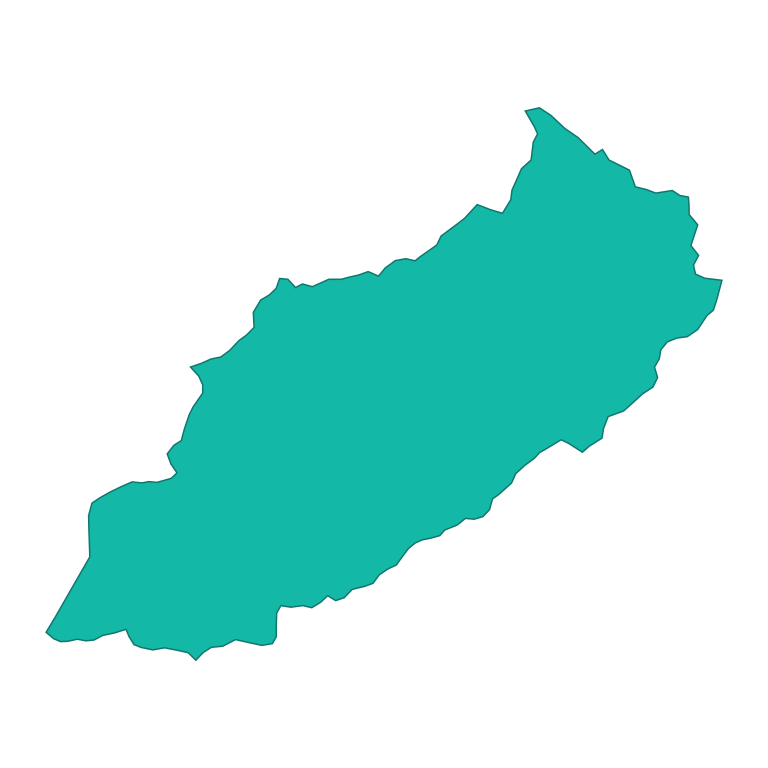 the district of Campos do Jordão, São Paulo, Brazil
{"feature_id": "56859067B66319400982583", "entity_name": "Campos do Jordão", "entity_type": "district", "adm_level": 2, "iso_a3": "BRA", "parent_name": "Brazil", "parent_adm1": "São Paulo", "projection": "albers", "projection_center": [-45.536, -22.693], "detail": "fine", "context": "isolated", "style": "filled", "palette": "teal", "viewbox_px": 768, "rotation_deg": 0, "n_neighbors": 0, "source": "geoboundaries", "source_scale": "gbopen_adm2", "svg_char_len": 2243}
<svg xmlns="http://www.w3.org/2000/svg" viewBox="0 0 768 768"><path d="M672.3,190.5L655.8,193.1L646.8,189.7L635.3,186.8L629.5,170.2L609.0,160.0L602.5,149.5L594.9,154.2L578.1,137.6L565.0,128.6L550.9,115.4L539.4,107.8L525.3,111.0L534.2,126.5L537.6,133.9L533.3,142.1L531.1,160.0L521.5,168.7L516.5,180.1L512.0,190.1L510.8,199.6L502.5,213.3L489.6,209.4L477.2,204.6L464.6,218.3L456.7,224.4L441.1,236.0L436.8,245.0L420.7,256.3L415.1,260.8L405.8,258.7L395.3,260.6L385.3,267.9L378.5,276.1L368.2,271.6L358.3,275.1L349.0,277.2L341.3,279.3L328.8,279.3L312.3,286.7L302.5,284.0L295.5,287.5L287.9,279.3L279.6,278.5L276.2,288.4L269.2,295.0L260.6,300.1L253.3,312.4L254.1,327.4L246.5,335.1L238.9,340.6L229.7,350.4L220.8,357.0L210.7,359.1L201.5,363.3L190.5,367.0L198.8,376.2L202.7,384.7L202.7,393.1L193.2,406.8L189.3,414.5L184.4,429.0L181.3,440.6L174.0,445.2L167.2,453.9L170.9,463.9L177.0,472.9L171.1,478.4L156.9,482.4L148.9,481.6L141.9,482.9L132.1,481.9L120.7,486.9L111.0,491.6L100.0,497.7L92.0,503.1L88.6,515.6L88.9,528.8L89.8,556.9L75.7,581.4L55.6,616.5L46.1,632.3L53.7,638.7L60.5,641.6L67.8,641.3L77.3,639.2L86.0,640.8L94.1,640.0L102.5,635.5L114.7,632.9L126.0,629.3L129.1,636.7L134.0,644.6L141.0,647.4L152.9,649.9L164.6,647.8L176.8,650.2L188.2,652.7L195.8,660.2L203.1,652.6L211.4,647.3L222.8,646.2L235.5,639.6L247.6,642.3L261.8,645.4L272.4,643.6L276.3,636.7L276.3,625.4L276.7,613.0L280.9,605.6L290.9,607.2L302.9,605.6L311.8,607.7L320.6,602.3L327.7,595.7L335.7,600.6L344.2,597.7L352.2,589.4L365.1,586.2L373.0,583.3L379.2,574.9L387.6,569.1L396.3,565.0L402.9,555.9L408.2,548.8L415.0,543.1L422.3,539.8L430.6,538.2L439.8,535.6L444.8,530.0L457.4,524.9L465.4,518.4L474.2,519.2L482.9,516.6L489.5,509.7L492.5,498.9L498.5,494.7L511.5,483.1L515.8,473.6L524.4,465.7L534.1,458.5L539.7,452.5L546.7,448.5L561.1,439.8L568.3,443.2L582.4,452.2L589.4,446.1L602.0,438.1L603.5,428.6L608.1,416.6L623.7,410.9L635.2,400.6L642.3,394.0L653.0,387.0L657.6,377.5L654.5,367.1L659.3,358.8L660.8,349.8L667.3,341.9L676.7,338.1L687.4,336.6L697.6,329.6L707.0,315.5L713.4,310.1L717.1,298.5L721.9,280.3L704.7,278.2L695.5,274.1L693.5,265.1L698.6,255.4L690.9,245.6L697.7,224.8L689.1,214.5L689.0,205.0L688.4,197.1L679.9,195.5L672.3,190.5Z" fill="#14b8a6" stroke="#0f766e" stroke-width="1.5"/></svg>